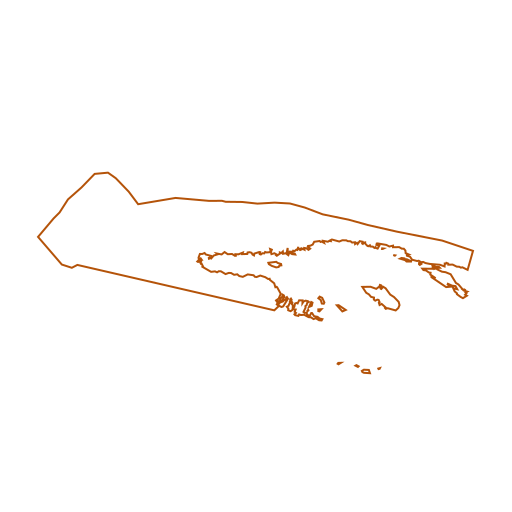 Teluk Wondama, Papua Barat, Indonesia, rotated 109°
{"feature_id": "22746128B47515282892276", "entity_name": "Teluk Wondama", "entity_type": "district", "adm_level": 2, "iso_a3": "IDN", "parent_name": "Indonesia", "parent_adm1": "Papua Barat", "projection": "natural_earth1", "projection_center": [134.34, -2.638], "detail": "fine", "context": "isolated", "style": "outline", "palette": "amber", "viewbox_px": 512, "rotation_deg": 109, "n_neighbors": 0, "source": "geoboundaries", "source_scale": "gbopen_adm2", "svg_char_len": 6099}
<svg xmlns="http://www.w3.org/2000/svg" viewBox="0 0 512 512"><g transform="rotate(109 256 256)"><path d="M308.9,468.3L327.3,436.8L327.1,426.3L322.6,422.0L301.4,221.0L295.6,218.0L295.9,215.2L294.8,213.9L287.5,212.2L288.2,214.8L290.3,215.8L291.7,217.6L285.6,215.8L284.2,216.8L283.9,218.2L285.9,217.9L288.5,219.1L292.8,218.4L295.4,219.4L295.0,220.6L291.7,220.0L290.9,221.1L292.1,221.8L291.5,222.6L288.9,220.7L283.7,220.3L278.7,225.8L278.4,226.5L279.2,227.5L275.9,229.9L274.1,235.0L273.1,235.7L273.8,237.0L273.0,240.3L273.1,245.6L275.7,248.6L276.0,250.3L275.0,252.0L276.1,257.8L280.0,261.7L280.4,265.3L279.4,267.7L280.9,270.6L280.2,274.1L280.9,276.3L283.0,278.9L281.9,284.2L282.5,286.2L284.1,287.5L283.9,289.8L285.6,293.3L283.5,304.0L283.1,302.7L280.9,305.0L281.3,305.6L280.6,306.3L278.9,306.2L280.5,308.9L280.3,309.7L278.2,308.7L276.3,309.8L272.3,309.7L271.6,307.5L269.9,305.6L270.9,304.0L270.5,298.1L270.8,297.2L272.0,297.9L272.5,297.4L269.3,296.1L266.9,292.8L266.4,293.9L265.7,289.0L262.5,287.0L263.5,283.3L261.9,279.3L262.7,275.9L262.3,275.2L261.0,276.0L260.1,273.1L257.1,269.6L258.7,269.6L256.9,264.9L255.4,265.1L254.5,263.3L254.4,261.3L255.8,259.7L256.1,258.1L254.3,258.4L251.6,254.8L251.9,254.2L251.1,253.9L251.0,253.3L253.0,253.0L253.0,251.9L251.3,250.8L250.8,249.0L249.2,248.7L249.2,247.1L247.9,244.2L246.3,243.9L244.8,244.9L244.9,243.1L247.5,243.2L249.2,242.0L247.4,239.5L247.8,237.3L248.6,237.5L249.0,236.4L246.0,234.2L244.9,234.6L245.0,233.1L243.0,232.1L245.1,231.1L243.2,228.0L238.1,228.7L243.8,226.5L244.3,227.0L244.7,225.7L240.9,225.5L240.1,222.7L238.9,222.6L238.8,221.1L236.8,219.9L236.8,218.9L233.6,219.0L235.1,218.4L236.0,216.2L235.0,215.1L234.3,216.0L233.9,215.6L234.3,212.2L232.7,213.0L232.3,210.8L233.1,208.4L231.4,207.2L230.3,210.1L229.6,210.1L228.6,208.0L226.7,206.1L223.6,205.6L221.1,200.7L221.7,199.6L221.0,198.7L221.4,196.0L219.8,197.4L219.1,192.7L217.9,191.7L217.6,190.2L216.9,190.8L215.7,189.6L215.2,182.0L213.0,179.5L211.8,175.7L212.1,174.1L211.3,171.4L212.0,169.5L210.8,166.9L212.4,166.2L210.7,164.9L211.6,163.8L208.2,162.8L207.8,159.9L209.6,159.7L209.8,158.9L208.4,158.5L207.6,157.2L208.7,156.8L210.2,153.9L210.2,153.0L208.8,151.8L209.8,151.0L209.1,148.6L209.8,146.7L208.7,145.9L209.4,145.4L209.4,143.4L206.1,142.8L206.2,145.8L204.9,145.9L204.5,145.1L203.1,136.4L203.6,133.0L201.6,129.8L203.1,129.3L201.0,123.5L201.6,120.6L201.0,118.6L202.2,116.5L204.5,115.5L204.8,112.2L205.8,113.8L206.6,113.4L206.5,110.2L208.7,107.2L208.3,102.1L207.5,100.6L208.0,98.3L209.3,98.5L209.6,99.5L210.7,99.2L211.1,98.2L209.5,96.9L208.0,97.6L207.2,96.0L207.5,93.5L206.9,89.1L204.4,79.2L204.5,74.3L201.7,75.1L201.5,74.0L200.5,73.8L200.6,71.8L201.6,71.4L200.1,67.2L200.7,62.8L200.0,60.3L200.3,58.5L199.5,57.2L200.2,51.4L180.5,52.5L180.8,85.0L187.1,130.7L190.3,160.4L191.5,180.3L194.9,206.5L194.3,225.7L195.3,241.0L199.5,255.8L206.0,271.7L209.4,286.6L214.6,302.3L214.9,306.2L219.1,318.1L227.3,351.0L245.4,384.3L236.6,397.3L228.1,413.9L225.4,423.1L230.9,435.3L248.0,443.3L263.7,452.2L278.8,455.9L286.4,459.6L308.9,468.3ZM263.7,116.1L262.5,114.5L262.0,106.2L258.9,104.5L255.7,104.3L252.9,106.2L249.9,112.1L248.8,116.5L244.3,123.0L243.7,125.7L246.4,126.8L246.3,127.5L245.3,128.4L243.8,127.1L243.0,128.0L243.0,129.4L244.7,129.4L247.9,131.6L247.8,137.7L250.6,145.4L254.9,139.8L255.5,136.8L257.2,133.9L256.9,130.9L258.8,130.4L259.4,128.7L257.8,127.1L257.6,125.8L259.4,124.1L260.2,124.6L262.1,123.2L260.4,121.6L262.5,116.5L263.2,117.0L263.7,116.1ZM228.5,46.6L224.9,43.7L224.5,45.7L222.6,44.9L222.2,45.9L220.9,44.7L221.0,48.5L217.0,55.3L216.4,58.2L209.9,66.0L209.6,71.5L210.3,75.1L209.6,80.4L208.8,81.8L209.8,82.9L207.6,83.4L207.3,84.6L207.9,85.9L209.2,84.9L210.0,85.3L210.4,84.3L213.8,94.6L214.8,93.1L214.3,90.6L215.3,87.2L215.0,85.5L216.8,85.2L218.5,78.9L217.9,82.7L218.1,83.5L218.9,83.2L223.5,66.1L221.4,61.4L220.6,65.5L219.8,65.5L220.2,60.9L219.5,57.6L221.9,54.9L222.3,59.0L224.8,56.6L225.9,53.8L226.7,53.6L228.1,49.1L228.5,46.6ZM295.9,191.4L296.7,186.4L296.1,183.9L296.9,181.1L295.4,179.2L296.2,175.4L295.6,173.0L294.1,172.7L294.4,175.5L293.5,178.0L294.0,181.5L291.7,184.4L291.9,185.2L294.5,185.6L295.2,186.7L294.6,189.0L293.0,189.5L293.9,191.5L293.4,192.9L288.8,192.3L287.3,193.0L286.1,192.2L283.6,192.3L282.2,191.1L281.8,192.2L282.1,194.6L283.5,196.2L285.5,196.7L282.8,197.5L283.9,200.8L287.3,201.2L287.2,202.5L288.2,203.6L291.7,203.2L293.8,204.2L290.6,205.1L289.9,206.3L288.4,206.3L287.7,207.2L290.7,209.0L292.5,209.0L293.9,210.3L295.2,208.3L296.8,207.9L296.9,205.3L294.2,203.4L293.7,201.1L296.2,201.3L296.8,199.7L298.6,200.7L299.2,199.7L298.8,196.4L297.2,196.2L297.2,194.3L295.9,191.4ZM257.6,230.8L256.6,229.0L255.4,229.7L255.5,233.3L254.9,234.9L258.4,242.1L259.5,241.2L260.2,237.9L260.2,233.2L259.0,231.0L257.6,230.8ZM330.2,118.5L331.1,117.6L331.3,115.9L329.7,110.1L327.0,112.2L328.4,117.0L330.2,118.5ZM275.6,183.3L276.6,180.4L279.5,178.3L279.1,176.4L277.7,176.2L274.0,179.8L273.7,182.6L275.6,183.3ZM276.3,163.5L280.3,156.3L277.8,153.6L275.6,161.9L276.3,163.5ZM212.2,111.9L210.5,106.8L210.0,112.3L210.6,114.1L209.9,114.8L210.5,117.8L211.6,118.9L211.4,113.6L212.2,111.9ZM285.0,187.1L281.7,187.4L281.5,188.8L286.9,189.3L285.0,187.1ZM286.2,179.7L287.8,179.1L287.7,178.0L285.0,176.8L286.2,179.7ZM242.1,224.1L242.5,222.5L241.8,219.4L241.1,220.1L241.4,223.0L242.1,224.1ZM327.3,126.2L327.7,123.5L326.9,123.1L326.5,125.5L327.3,126.2ZM331.3,143.7L331.5,142.7L329.4,141.0L330.3,143.4L331.3,143.7ZM207.6,81.8L208.1,80.6L207.3,78.4L206.8,79.4L207.6,81.8ZM277.8,307.9L277.2,306.2L276.2,307.6L277.2,308.6L277.8,307.9ZM285.8,208.1L284.9,209.1L285.8,209.6L286.9,208.8L285.8,208.1ZM286.1,213.7L285.6,212.4L284.8,213.4L285.2,213.7L286.1,213.7ZM323.0,103.3L322.4,102.4L321.6,102.3L322.6,103.7L323.0,103.3ZM220.3,48.9L220.4,47.3L220.0,47.3L219.8,48.3L220.3,48.9ZM273.9,299.6L273.1,298.5L272.7,299.5L273.2,300.0L273.9,299.6ZM208.3,139.1L208.1,138.5L207.4,137.8L207.7,139.2L208.3,139.1ZM210.4,126.5L210.5,124.8L210.1,124.6L210.4,126.5ZM291.4,189.4L290.4,188.7L289.9,189.1L291.0,189.6L291.4,189.4ZM288.9,208.9L287.8,208.7L287.5,209.1L288.1,209.2L288.9,208.9Z" fill="none" stroke="#b45309" stroke-width="2"/></g></svg>